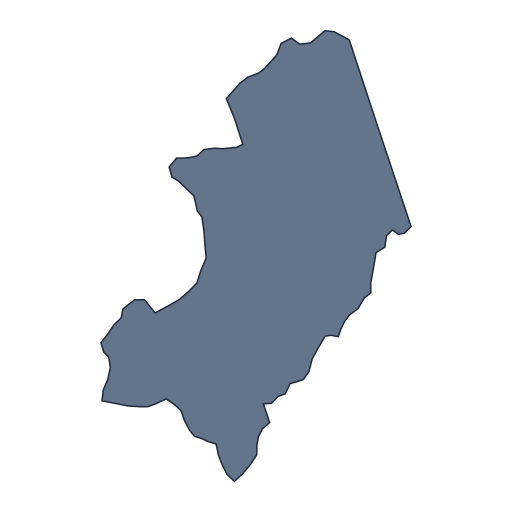 Vieirópolis, Paraíba, Brazil (Equal Earth projection)
{"feature_id": "56859067B9721809785245", "entity_name": "Vieirópolis", "entity_type": "district", "adm_level": 2, "iso_a3": "BRA", "parent_name": "Brazil", "parent_adm1": "Paraíba", "projection": "equal_earth", "projection_center": [-38.281, -6.562], "detail": "fine", "context": "isolated", "style": "filled", "palette": "slate", "viewbox_px": 512, "rotation_deg": 0, "n_neighbors": 0, "source": "geoboundaries", "source_scale": "gbopen_adm2", "svg_char_len": 1402}
<svg xmlns="http://www.w3.org/2000/svg" viewBox="0 0 512 512"><path d="M226.4,98.7L234.4,118.3L242.8,144.3L236.8,147.3L222.9,148.7L214.6,148.2L203.9,149.5L197.2,155.9L191.0,157.3L183.9,158.1L176.5,158.1L169.1,167.2L172.1,177.2L178.5,181.1L193.9,195.9L197.4,211.1L201.9,217.0L203.9,230.9L205.2,248.2L206.2,257.9L200.7,270.9L196.9,283.0L188.5,291.6L179.5,299.4L168.9,305.5L155.1,312.9L144.4,299.7L134.4,299.9L122.9,309.0L121.2,317.9L113.9,324.9L107.8,334.0L100.9,342.7L103.8,352.2L108.7,356.9L110.3,367.7L107.8,379.4L103.3,389.8L102.0,400.8L127.8,405.9L139.3,406.7L147.6,406.7L155.7,403.8L166.2,398.9L174.6,404.7L181.0,410.6L184.3,420.2L189.8,430.5L194.3,436.2L201.3,438.4L207.2,441.3L216.1,444.0L218.3,454.8L221.9,464.2L227.0,474.4L234.4,481.3L242.5,473.9L250.5,464.4L256.7,454.8L256.9,445.3L258.3,437.1L262.4,428.8L269.6,422.7L266.6,413.3L263.3,403.8L271.5,403.3L278.2,396.4L285.3,393.7L290.1,383.7L296.8,381.7L303.5,379.4L309.1,371.3L312.2,358.8L318.3,347.8L325.2,336.2L331.2,335.3L338.2,336.7L340.9,329.2L344.5,321.5L349.5,314.9L357.9,308.8L364.3,298.0L370.8,292.8L370.8,282.5L373.0,270.7L374.7,260.9L376.0,252.6L384.9,247.1L386.5,235.6L392.4,230.0L398.5,234.4L404.5,233.1L411.1,226.6L376.2,121.9L349.3,40.0L334.1,31.7L324.9,30.7L310.3,43.0L299.8,44.2L291.4,38.1L281.1,43.4L276.6,55.2L264.0,69.0L258.3,73.2L247.9,77.1L239.9,83.2L226.4,98.7Z" fill="#64748b" stroke="#1e293b" stroke-width="1.5"/></svg>